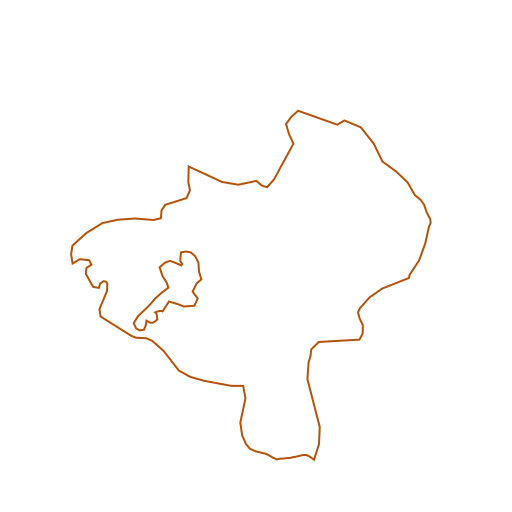 the County of Tolna, rotated 123°
{"feature_id": "HUN-3165", "entity_name": "Tolna", "entity_type": "County", "adm_level": 1, "iso_a3": "HUN", "parent_name": "Hungary", "parent_adm1": "", "projection": "robinson", "projection_center": [18.659, 46.474], "detail": "fine", "context": "isolated", "style": "outline", "palette": "amber", "viewbox_px": 512, "rotation_deg": 123, "n_neighbors": 0, "source": "natural_earth", "source_scale": "10m", "svg_char_len": 1963}
<svg xmlns="http://www.w3.org/2000/svg" viewBox="0 0 512 512"><g transform="rotate(123 256 256)"><path d="M304.1,158.8L310.3,155.8L316.7,153.9L331.3,145.8L364.7,109.4L379.5,100.7L395.2,96.4L395.0,102.0L395.5,105.5L397.4,108.3L403.4,114.0L404.7,115.6L406.1,116.7L411.9,123.9L413.0,125.6L415.1,127.5L415.9,131.8L416.1,136.7L416.6,140.4L420.0,149.8L421.0,156.1L419.2,161.9L414.1,169.8L404.3,178.4L381.2,187.3L371.9,196.0L378.4,206.1L388.9,231.4L393.2,245.5L394.1,258.3L386.0,281.5L383.7,296.8L384.8,303.4L389.8,311.9L390.9,317.2L391.4,353.3L385.9,358.3L366.4,361.9L360.4,365.5L359.2,367.6L360.1,370.1L364.1,371.7L368.3,370.4L370.6,375.7L363.6,389.1L358.2,391.7L353.0,389.3L350.4,393.6L354.6,402.0L362.2,405.7L355.2,412.0L347.3,415.6L329.1,410.8L312.0,402.7L301.0,391.8L290.5,378.0L281.7,361.7L276.1,356.3L269.2,360.1L262.5,360.0L245.3,345.8L237.0,347.1L231.0,352.9L217.6,361.2L212.4,324.7L205.8,309.6L192.8,296.6L193.8,289.7L192.3,284.2L181.9,282.6L141.4,285.8L135.6,295.0L128.9,302.7L120.1,302.2L111.3,299.8L101.6,259.4L94.2,255.7L91.0,238.3L97.6,218.5L107.9,201.4L108.8,184.8L111.7,168.9L118.4,156.0L119.2,148.7L121.5,142.8L126.3,136.9L130.2,129.9L133.3,127.5L137.2,126.9L153.0,121.0L170.7,116.8L188.2,116.9L191.1,115.7L214.7,132.5L228.9,138.2L243.2,140.4L247.6,139.8L251.7,135.4L255.9,128.7L263.0,124.3L269.8,123.7L293.9,156.5L304.1,158.8ZM341.6,304.2L339.1,295.9L337.7,289.1L331.2,280.5L323.4,281.8L320.4,289.7L311.5,290.9L305.3,289.1L300.2,295.2L292.8,300.8L289.3,306.9L288.5,312.6L290.4,317.2L293.8,320.9L301.3,317.0L302.9,313.5L304.6,313.5L305.5,319.2L306.9,325.5L311.3,328.8L318.0,330.7L323.7,323.5L326.9,316.6L330.2,312.2L337.9,315.0L346.3,317.4L354.0,318.3L363.0,320.3L370.9,322.2L378.9,322.0L382.1,317.0L381.6,312.9L378.8,309.8L374.2,310.7L369.9,312.6L369.6,308.4L368.2,306.2L366.0,305.1L362.9,304.2L359.8,306.8L358.1,308.7L358.1,309.7L356.5,308.7L354.6,306.8L353.3,304.9L353.3,304.2L341.6,304.2Z" fill="none" stroke="#b45309" stroke-width="2"/></g></svg>